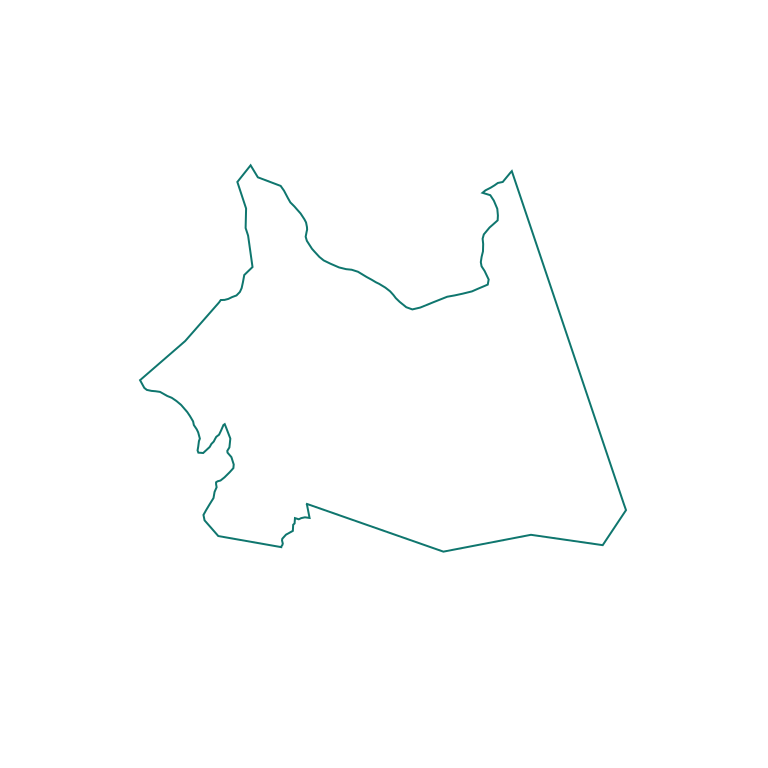 Santa Cruz de Bravo, Oaxaca, Mexico, rotated 326°
{"feature_id": "50627088B21531122544022", "entity_name": "Santa Cruz de Bravo", "entity_type": "district", "adm_level": 2, "iso_a3": "MEX", "parent_name": "Mexico", "parent_adm1": "Oaxaca", "projection": "mercator", "projection_center": [-98.221, 17.572], "detail": "fine", "context": "isolated", "style": "outline", "palette": "teal", "viewbox_px": 768, "rotation_deg": 326, "n_neighbors": 0, "source": "geoboundaries", "source_scale": "gbopen_adm2", "svg_char_len": 2134}
<svg xmlns="http://www.w3.org/2000/svg" viewBox="0 0 768 768"><g transform="rotate(326 384 384)"><path d="M609.0,279.0L606.9,279.5L595.4,282.9L590.8,281.0L586.7,281.1L582.2,280.9L576.4,280.2L572.6,280.6L577.7,286.9L577.6,293.4L575.9,302.1L572.6,308.1L569.7,311.9L559.0,313.3L550.4,315.8L547.0,318.7L544.5,323.4L540.2,329.4L536.1,333.1L532.4,337.1L530.7,341.0L530.6,346.6L529.2,355.9L525.6,359.6L521.9,358.9L515.3,357.6L508.7,356.4L499.7,353.1L492.2,350.1L485.2,347.0L470.6,343.8L456.8,340.9L449.2,338.0L445.4,332.8L442.9,324.6L441.8,319.4L441.6,315.6L440.9,310.6L439.0,304.8L435.9,298.1L434.2,295.2L432.1,290.7L429.4,285.5L425.2,276.4L421.1,271.2L416.8,267.6L411.9,262.2L406.8,254.2L403.1,247.8L401.5,242.6L400.4,235.4L399.9,231.6L400.1,222.2L401.4,218.1L405.0,214.5L406.6,213.0L407.9,210.8L409.7,206.5L410.1,203.1L410.2,196.0L409.5,190.8L409.0,186.7L407.9,181.1L408.3,176.1L409.2,167.8L409.1,162.0L395.0,142.1L395.7,128.1L375.4,134.5L367.8,161.4L356.5,177.3L354.3,185.0L342.9,208.4L340.4,213.5L329.1,215.5L323.9,220.8L319.6,224.9L316.0,227.1L311.2,228.1L306.7,227.0L302.5,226.4L298.8,225.1L295.6,223.1L293.0,224.1L243.2,237.2L183.9,244.4L183.3,251.0L183.1,253.2L184.1,256.3L187.4,259.7L190.6,262.3L193.9,265.3L197.6,272.7L200.3,276.7L202.4,282.0L204.1,287.9L205.2,297.2L205.2,302.1L204.8,308.3L203.4,311.7L203.4,316.9L202.9,320.2L200.8,326.3L198.6,327.9L195.0,332.0L192.3,334.8L191.7,337.1L193.9,338.8L195.5,340.1L204.4,338.7L207.3,337.2L210.7,336.5L213.2,335.1L215.4,334.0L218.9,333.8L223.0,331.4L228.0,328.2L229.5,328.2L228.7,332.0L226.1,343.3L220.4,350.1L216.7,351.8L215.9,353.4L216.6,359.3L214.4,366.7L212.1,369.5L206.9,370.8L199.6,372.2L194.5,372.6L191.6,371.6L189.8,371.6L188.8,373.1L187.5,376.0L183.2,378.7L178.9,383.2L172.2,386.2L166.0,389.1L161.1,391.6L159.0,396.7L161.6,417.4L207.6,461.8L208.0,461.3L209.8,460.6L210.9,459.6L212.0,456.6L213.2,455.4L218.5,454.1L226.3,454.8L230.0,449.9L231.9,449.6L235.2,445.4L237.7,448.5L240.4,448.9L243.9,450.3L247.4,453.4L252.9,440.4L252.5,439.6L339.5,556.2L421.5,591.2L475.2,639.9L514.1,623.9L515.8,617.4L569.0,424.3L609.0,279.0Z" fill="none" stroke="#0f766e" stroke-width="2"/></g></svg>